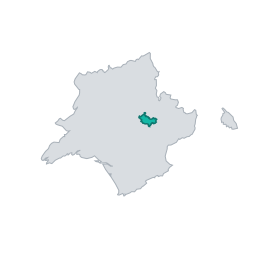 France, with Loire highlighted, rotated 318°
{"feature_id": "FRA-5315", "entity_name": "Loire", "entity_type": "Metropolitan department", "adm_level": 1, "iso_a3": "FRA", "parent_name": "France", "parent_adm1": "", "projection": "natural_earth1", "projection_center": [4.105, 45.756], "detail": "fine", "context": "in_parent", "style": "filled", "palette": "teal", "viewbox_px": 256, "rotation_deg": 318, "n_neighbors": 0, "source": "natural_earth", "source_scale": "10m", "svg_char_len": 5572}
<svg xmlns="http://www.w3.org/2000/svg" viewBox="0 0 256 256"><g transform="rotate(318 128 128)"><path d="M188.7,106.9L187.2,107.6L186.4,109.0L185.5,109.4L183.8,109.4L183.0,108.5L181.0,109.1L180.2,109.9L181.4,111.0L177.5,115.5L175.0,116.7L174.5,119.6L171.6,121.8L170.5,124.1L170.4,124.5L171.1,125.3L170.8,126.8L169.3,127.8L169.4,128.7L169.8,128.9L172.1,128.1L172.9,127.2L172.5,126.0L174.8,124.5L178.9,124.9L179.4,126.9L178.9,128.5L181.9,132.2L179.4,133.8L179.2,135.0L181.9,138.6L183.6,140.1L182.7,142.6L179.9,144.2L178.1,144.0L177.4,144.4L177.5,145.2L178.7,147.4L181.8,148.8L182.3,150.5L181.4,151.1L180.0,153.7L180.7,154.9L180.4,155.5L180.8,156.3L181.6,157.2L185.8,159.4L189.7,158.9L190.2,160.2L187.9,163.5L188.0,165.0L186.8,165.0L186.6,165.6L184.3,166.7L180.5,170.0L178.7,171.0L178.0,172.7L177.0,173.7L171.5,175.6L170.4,175.2L167.7,175.2L166.1,174.0L162.9,173.2L161.8,171.5L158.8,171.1L158.6,169.9L154.4,171.0L148.5,169.4L146.5,167.7L144.7,168.1L143.2,169.7L136.8,173.8L134.3,178.0L134.8,183.0L136.2,185.4L132.3,185.1L130.0,185.8L129.4,186.8L123.9,185.6L121.9,186.6L121.3,186.6L120.6,185.5L117.9,184.3L118.4,183.5L118.0,182.8L115.5,182.2L114.6,182.9L113.6,181.5L106.6,179.2L105.4,179.2L104.9,181.5L100.3,181.4L99.7,181.0L96.7,181.5L93.6,179.4L90.2,179.8L88.1,177.7L86.0,177.5L83.1,176.4L81.7,175.8L81.6,175.2L80.7,176.2L79.6,175.9L79.4,175.6L80.1,174.5L80.3,173.1L76.7,172.0L75.7,171.0L75.7,170.5L77.7,170.0L79.5,168.1L81.3,161.1L82.7,152.9L83.6,151.4L84.8,150.9L83.9,149.8L82.8,151.3L83.6,143.8L85.0,138.1L88.0,140.4L88.7,141.4L89.5,144.8L91.2,146.2L90.1,144.8L89.1,140.4L88.5,139.1L83.7,135.4L83.5,134.5L85.7,135.0L84.9,132.2L84.5,126.3L81.6,125.7L76.9,123.2L73.8,118.8L73.5,117.1L74.4,115.3L73.6,114.2L72.3,113.4L73.4,111.9L74.4,111.8L77.7,112.6L75.0,111.2L70.5,111.7L68.7,111.2L68.4,110.1L69.7,108.8L68.2,107.9L65.7,108.1L65.3,107.8L66.1,106.8L65.5,106.5L63.4,106.8L62.2,106.5L61.1,105.4L57.8,105.2L57.0,104.5L52.4,103.3L47.6,103.5L46.3,101.3L43.3,100.2L44.0,99.5L47.0,98.9L47.5,98.3L45.4,97.4L44.7,96.5L48.7,96.2L46.9,95.3L43.1,95.4L42.6,94.0L43.1,92.7L45.4,91.5L51.0,90.2L55.1,90.1L58.0,88.6L60.8,88.2L63.5,88.9L67.0,92.7L70.0,91.1L74.3,91.1L75.2,92.1L76.4,90.3L77.3,91.3L82.6,91.0L81.4,90.3L80.4,88.7L80.4,82.8L77.8,78.5L77.1,76.9L77.3,75.6L80.5,75.8L83.1,75.2L84.3,75.6L84.6,78.4L85.6,80.0L92.9,80.5L97.0,81.3L100.6,79.8L103.9,79.1L104.2,78.7L102.3,78.9L100.5,78.2L100.3,77.4L101.3,75.3L106.3,72.9L113.7,70.9L115.6,69.5L117.8,67.1L117.3,66.5L117.7,59.8L118.8,57.7L121.6,56.1L128.8,54.5L129.6,56.6L129.6,57.8L131.4,59.7L132.4,60.2L135.5,59.2L137.0,61.0L137.4,62.9L141.2,63.7L142.2,66.3L142.9,65.7L145.3,65.8L146.4,66.0L147.9,67.2L147.4,68.7L148.1,69.4L147.5,70.8L147.9,71.4L152.2,71.4L153.5,70.8L154.1,69.4L155.4,68.6L155.9,68.8L155.1,71.4L155.7,72.1L156.0,74.0L157.6,74.1L160.8,75.6L163.5,78.1L166.8,77.7L169.4,79.1L172.1,78.4L174.7,79.2L175.6,79.9L178.0,83.4L179.8,82.7L181.1,83.1L181.5,84.1L186.4,83.5L187.2,84.5L188.3,84.9L194.4,86.2L194.5,87.5L191.0,91.3L189.6,96.6L188.5,98.5L188.2,99.8L188.5,100.8L188.3,102.2L187.6,105.7L188.1,106.7L188.7,106.9ZM212.3,179.7L212.1,182.0L213.0,183.6L213.4,190.1L211.6,193.2L211.4,197.0L209.2,201.5L205.6,199.5L204.5,198.4L205.4,196.6L203.4,195.7L203.8,194.0L203.6,193.2L202.1,193.1L202.1,192.7L203.1,191.4L203.1,190.6L201.7,189.6L201.4,188.7L202.7,187.7L202.1,186.8L201.3,186.6L203.1,183.6L204.3,182.7L207.1,181.9L208.2,180.8L210.0,181.4L210.3,181.1L210.8,176.5L211.5,176.4L212.1,177.0L212.3,179.7ZM84.0,132.5L83.5,133.8L81.7,131.5L81.5,130.3L84.0,132.5Z" fill="#d9dde1" stroke="#a8b0b8" stroke-width="1"/><path d="M154.9,139.5L154.9,140.1L155.1,140.7L154.5,140.8L153.4,141.3L153.1,141.5L153.0,141.9L153.0,142.3L153.0,142.5L152.9,142.5L151.4,142.6L151.0,142.3L150.7,142.1L150.3,142.1L150.1,142.1L150.0,141.9L150.0,141.7L149.9,141.6L149.9,141.4L150.0,141.2L150.0,140.8L149.7,140.4L149.5,140.2L149.4,140.3L149.2,140.5L148.9,140.6L148.4,140.4L148.2,140.3L147.9,140.3L147.7,140.4L147.7,140.5L147.5,140.8L147.4,140.8L146.3,141.0L146.0,141.0L145.9,141.0L145.7,140.9L145.6,140.7L145.4,140.6L145.2,140.7L144.9,140.8L144.7,140.9L144.7,141.0L144.6,140.9L144.6,140.2L144.7,139.9L144.9,139.7L145.1,139.5L145.3,139.3L145.4,139.2L145.5,138.9L145.5,138.7L145.4,138.6L145.0,137.7L144.9,137.5L143.5,136.4L143.4,136.2L143.2,135.9L142.9,135.1L142.8,134.9L142.7,134.9L142.4,134.5L142.2,134.2L142.4,133.8L142.4,133.7L142.4,133.4L142.4,133.2L142.6,132.9L142.6,132.7L142.5,132.4L142.4,132.3L142.1,132.1L142.0,131.9L142.0,131.7L142.5,131.5L143.2,131.3L143.4,131.3L143.6,131.2L143.7,130.9L143.6,130.7L143.5,130.0L143.5,129.8L143.3,129.4L143.3,129.2L143.4,128.7L143.3,128.4L143.3,128.2L143.3,127.9L143.2,127.8L143.1,127.7L143.3,127.4L143.5,127.3L143.5,127.2L144.5,126.8L144.6,127.0L144.6,127.3L144.6,127.6L144.6,127.8L144.8,127.9L145.1,128.0L145.5,128.3L145.9,128.3L146.6,128.1L146.9,128.1L147.4,128.3L147.5,128.3L148.0,128.2L148.7,128.3L149.1,128.4L149.3,128.4L149.6,128.4L149.8,128.3L150.1,128.0L150.4,127.6L150.6,127.7L150.8,127.9L151.0,128.1L151.1,128.4L151.0,128.7L150.7,128.8L150.1,128.9L149.9,129.0L148.9,130.0L148.9,130.3L149.1,130.5L149.4,130.7L149.5,130.8L149.4,131.1L149.0,131.2L148.9,131.3L148.9,131.5L149.8,131.9L149.9,132.2L149.9,132.3L149.8,132.6L149.9,132.9L150.3,133.1L150.5,133.4L150.4,133.8L150.0,134.4L150.0,134.7L150.1,134.8L150.4,134.8L150.6,134.8L150.6,135.0L150.3,135.4L150.2,135.6L150.4,136.3L151.0,136.9L151.8,137.3L152.4,137.4L153.1,137.3L153.5,137.4L153.8,137.6L153.8,137.8L153.6,138.5L153.7,138.8L153.8,138.9L154.0,139.0L154.4,138.9L154.6,139.0L154.9,139.5Z" fill="#14b8a6" stroke="#0f766e" stroke-width="1.5"/></g></svg>